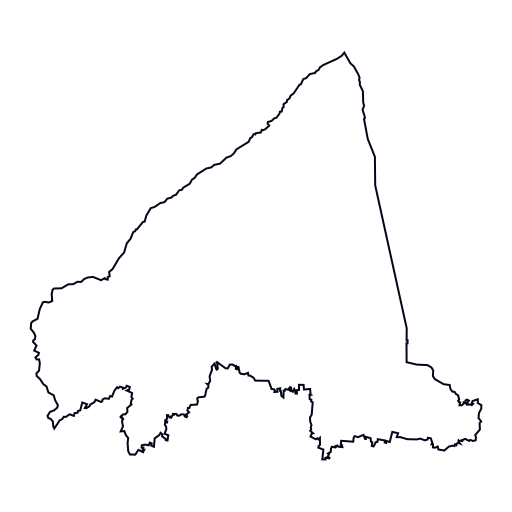 outline of Sleman, Yogyakarta, Indonesia
{"feature_id": "22746128B68764842139539", "entity_name": "Sleman", "entity_type": "district", "adm_level": 2, "iso_a3": "IDN", "parent_name": "Indonesia", "parent_adm1": "Yogyakarta", "projection": "orthographic", "projection_center": [110.397, -7.69], "detail": "fine", "context": "isolated", "style": "outline", "palette": "ink", "viewbox_px": 512, "rotation_deg": 0, "n_neighbors": 0, "source": "geoboundaries", "source_scale": "gbopen_adm2", "svg_char_len": 6033}
<svg xmlns="http://www.w3.org/2000/svg" viewBox="0 0 512 512"><path d="M444.4,450.5L448.8,446.6L452.9,445.6L454.5,446.1L455.0,444.5L456.3,445.2L456.5,443.6L458.8,443.0L460.0,443.5L458.4,441.3L458.6,440.5L459.2,441.1L461.9,440.2L462.1,441.9L462.7,439.9L465.2,438.9L469.1,440.9L470.3,439.9L473.0,441.0L475.6,440.3L476.0,437.5L475.2,435.1L479.9,429.5L479.6,423.1L481.2,421.4L478.6,418.2L478.7,415.5L479.1,412.7L481.3,408.7L481.3,405.1L477.8,403.0L477.8,399.3L472.6,401.0L471.7,403.2L473.1,403.7L471.8,405.2L470.7,404.5L467.2,404.7L467.6,402.2L468.9,400.6L467.1,399.6L465.4,400.5L465.5,403.3L463.7,402.4L463.5,403.8L461.7,405.3L459.4,405.2L460.2,402.4L458.7,401.9L458.1,400.7L459.2,399.5L458.0,395.2L456.0,394.1L454.5,391.8L452.3,391.6L450.5,389.1L449.7,385.0L443.6,384.2L434.8,379.1L432.9,376.1L433.2,370.5L431.5,367.5L427.5,365.1L416.8,364.6L406.6,362.2L406.5,343.3L407.5,343.3L407.6,340.3L406.6,340.3L406.7,328.2L375.2,185.3L374.9,156.8L367.8,139.1L364.0,118.9L364.9,118.0L364.7,116.5L362.6,109.9L364.1,105.6L363.2,102.4L362.9,91.2L359.8,84.9L359.9,81.8L359.0,80.0L359.6,77.9L358.2,74.2L353.9,66.5L350.3,63.2L344.3,52.6L341.7,55.8L337.0,58.8L323.3,65.0L319.9,67.4L318.6,69.9L315.7,71.6L315.3,72.9L309.8,74.1L306.2,78.1L303.3,79.1L300.9,84.2L299.5,84.7L293.5,93.6L290.6,95.6L289.4,98.6L287.0,100.1L286.9,101.9L283.5,104.3L283.7,107.0L282.4,108.0L281.7,111.5L279.9,111.7L279.5,113.7L276.5,117.6L274.2,118.4L271.7,120.8L267.8,122.1L267.6,123.7L269.2,125.6L265.4,129.1L263.1,130.2L261.8,129.9L260.8,132.5L255.8,133.2L255.3,134.4L253.6,134.1L252.0,137.1L250.1,138.3L248.8,141.7L236.5,149.3L233.9,153.3L230.8,156.1L226.6,157.5L220.1,163.6L214.1,164.9L211.3,167.4L206.3,168.5L196.9,174.5L194.8,177.7L191.9,179.8L189.7,183.8L183.1,187.7L182.0,189.7L179.1,190.4L176.0,194.8L173.0,195.8L171.5,197.5L167.3,198.7L164.4,202.2L160.4,203.0L154.7,206.9L150.7,208.2L146.3,215.6L144.7,221.6L142.9,222.0L136.8,229.5L136.0,229.4L135.1,231.2L133.2,232.2L130.5,238.8L126.8,243.3L124.1,252.5L118.9,258.3L112.6,269.0L109.1,272.0L109.7,276.3L107.8,276.9L107.7,279.6L105.4,279.2L104.7,278.1L101.1,280.2L92.9,276.9L87.8,277.5L84.2,279.0L81.2,281.9L77.4,281.8L73.1,284.2L68.3,284.3L61.5,288.3L54.0,288.5L52.6,289.8L51.7,294.1L52.2,301.1L48.7,302.5L44.8,301.8L42.9,302.3L39.8,309.0L37.5,318.8L32.6,321.4L31.2,323.0L30.7,328.8L33.7,332.4L35.4,336.0L34.9,339.1L33.2,340.6L33.1,342.0L36.5,345.5L34.2,350.6L38.9,352.8L38.3,355.0L35.4,357.4L36.5,359.4L39.1,359.4L39.8,363.2L39.0,370.7L36.5,373.3L36.6,375.8L40.3,379.4L43.3,384.2L46.5,386.4L48.4,392.5L53.7,395.3L55.2,400.4L57.9,405.2L57.2,407.7L54.2,410.3L50.0,411.9L47.5,415.9L48.4,418.1L50.7,418.9L52.9,421.6L53.3,426.6L54.3,428.5L59.7,420.4L62.3,419.0L63.8,416.7L65.7,417.0L69.7,414.3L73.9,415.9L74.6,413.0L77.6,412.8L78.0,411.0L80.2,410.4L82.3,402.5L87.0,404.2L84.9,408.0L86.4,408.2L89.4,406.3L90.3,404.5L94.3,402.3L95.6,399.7L101.2,402.0L102.2,401.3L102.6,399.5L104.7,398.3L108.8,398.8L110.2,396.0L112.0,396.6L114.4,390.7L117.1,387.2L118.2,388.2L120.0,386.7L123.1,387.7L123.0,388.8L126.0,387.5L126.6,385.8L127.6,386.1L129.8,387.0L129.2,389.6L126.8,390.5L132.1,393.0L131.4,397.1L132.7,398.7L131.5,400.0L130.8,403.4L131.5,404.4L127.2,408.0L127.4,411.9L125.4,414.3L123.2,414.3L120.6,416.5L120.7,417.4L122.2,417.5L122.1,418.7L123.1,419.0L122.0,421.4L123.0,426.4L120.7,431.4L124.3,431.1L125.9,435.1L128.2,438.0L127.6,442.9L128.2,451.1L129.9,454.5L135.3,454.6L138.4,449.9L143.1,452.2L144.2,449.7L142.7,449.8L143.3,447.6L141.6,447.6L141.8,445.3L145.1,444.6L148.6,445.3L149.9,442.6L151.7,443.5L151.1,445.5L153.9,446.8L154.7,438.3L159.1,435.2L160.6,432.8L162.3,434.4L162.1,436.3L166.1,439.4L165.9,440.2L167.5,440.5L168.3,435.2L164.5,433.8L166.4,429.1L166.0,426.4L164.8,424.7L165.3,422.4L167.1,422.5L167.2,421.5L165.2,421.5L165.3,420.1L167.2,418.8L166.9,415.1L168.1,415.1L168.3,416.6L170.1,416.6L170.1,417.5L171.2,417.8L172.5,415.1L173.8,414.8L173.4,413.9L176.5,414.0L177.2,415.5L179.3,415.7L180.8,414.5L182.7,414.3L184.4,414.7L184.7,416.4L186.6,417.2L187.2,416.3L186.2,414.5L189.1,412.3L187.4,410.4L188.0,407.9L189.3,408.0L190.6,404.9L196.9,404.6L197.9,401.6L197.2,398.4L198.5,397.3L204.4,396.7L205.1,395.7L206.5,389.1L208.3,387.6L208.4,385.2L207.2,384.0L208.4,384.2L210.2,380.8L209.6,376.3L212.0,369.9L211.7,366.7L214.6,363.6L216.1,368.8L216.7,369.6L217.8,368.9L217.1,362.6L216.2,361.5L225.6,368.3L227.8,368.4L229.8,364.6L232.6,364.5L235.2,366.3L235.9,366.0L235.8,368.9L237.4,369.3L237.7,366.9L238.5,367.0L239.6,372.6L240.7,373.7L244.2,374.3L248.0,372.9L248.4,375.5L250.4,375.8L253.6,377.8L255.2,380.6L268.6,380.8L271.6,389.0L274.0,389.3L274.9,390.4L274.4,392.0L277.5,391.8L277.3,388.9L280.2,388.3L280.0,390.8L280.8,390.9L281.4,395.9L283.4,397.5L283.7,390.6L284.8,390.7L285.4,389.0L289.2,390.0L289.0,388.6L289.6,388.7L290.2,387.1L291.2,387.8L290.7,391.1L292.7,391.2L293.2,392.5L293.3,389.9L294.2,389.0L294.4,390.3L295.5,390.3L295.4,393.5L296.9,393.6L296.8,390.2L299.0,390.0L299.0,384.8L303.6,384.9L304.0,389.5L310.1,389.0L310.5,393.0L309.8,394.2L310.9,394.9L309.5,395.3L309.7,399.2L311.3,399.7L311.1,401.4L312.7,402.3L311.7,414.6L310.0,417.5L310.2,421.6L311.5,425.1L310.7,427.5L311.2,429.3L310.2,430.8L313.1,433.3L311.7,433.7L310.5,436.5L315.7,439.3L317.4,438.3L318.3,439.4L319.9,437.8L320.0,444.8L318.5,446.3L318.3,447.6L323.4,449.6L322.3,459.4L325.5,459.4L325.3,458.0L326.1,457.6L329.2,458.4L329.5,457.8L327.7,456.6L329.1,454.0L328.1,453.4L330.8,451.8L330.9,448.8L331.9,446.7L335.0,447.4L335.3,446.3L336.0,446.9L337.2,445.5L338.3,446.7L342.4,447.1L341.8,444.9L340.7,444.8L341.2,440.8L353.2,441.7L353.7,437.5L354.7,436.1L357.9,437.2L363.5,434.9L365.0,438.9L365.8,439.0L365.8,436.8L370.6,438.2L371.0,441.7L372.3,442.2L371.8,446.0L373.6,446.4L375.8,442.2L377.3,442.0L377.8,439.2L385.1,440.5L384.7,442.5L386.1,442.9L386.4,440.9L389.7,442.1L392.3,431.9L398.1,433.2L396.7,437.1L400.3,437.1L407.3,439.2L416.8,439.4L420.1,438.6L424.9,440.3L427.5,439.5L427.9,437.8L430.8,438.3L432.3,442.8L431.6,444.3L432.9,444.2L433.0,447.4L435.2,447.7L437.7,446.5L438.4,449.5L444.4,450.5Z" fill="none" stroke="#020617" stroke-width="2"/></svg>